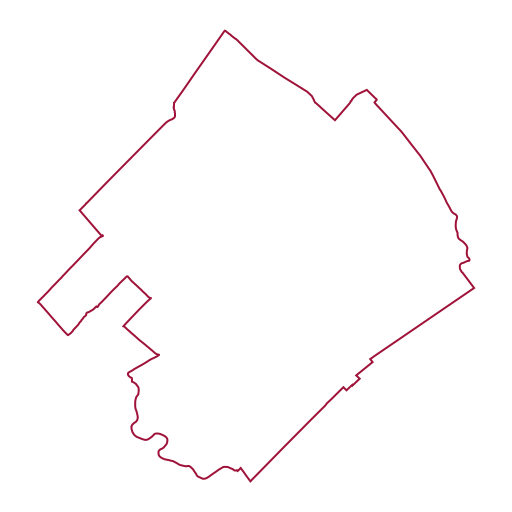 outline of Cosoba, Giurgiu, Romania
{"feature_id": "2599482B93703236518743", "entity_name": "Cosoba", "entity_type": "district", "adm_level": 2, "iso_a3": "ROU", "parent_name": "Romania", "parent_adm1": "Giurgiu", "projection": "orthographic", "projection_center": [25.808, 44.526], "detail": "fine", "context": "isolated", "style": "outline", "palette": "rose", "viewbox_px": 512, "rotation_deg": 0, "n_neighbors": 0, "source": "geoboundaries", "source_scale": "gbopen_adm2", "svg_char_len": 5893}
<svg xmlns="http://www.w3.org/2000/svg" viewBox="0 0 512 512"><path d="M474.1,288.0L468.1,280.0L463.4,273.8L462.5,272.6L462.0,272.3L461.5,271.7L460.2,269.3L459.9,268.4L459.8,265.9L460.0,265.0L460.3,264.5L460.8,263.9L461.9,263.2L463.7,262.7L466.9,261.2L469.2,260.7L469.5,260.2L469.5,259.4L469.2,258.7L468.7,258.0L467.7,257.1L467.4,256.6L466.8,254.4L466.8,252.5L466.8,251.4L467.4,247.9L466.6,245.8L465.8,244.6L463.1,241.8L462.0,241.0L461.4,240.7L459.3,239.1L458.6,238.4L458.1,237.5L457.7,236.0L457.6,235.1L457.5,232.8L456.3,229.9L455.8,227.7L455.7,225.9L455.7,224.5L455.8,223.7L455.9,221.7L456.9,218.2L457.1,216.9L456.9,216.0L456.2,215.1L455.5,214.4L453.8,213.5L452.2,212.2L451.0,210.4L449.4,207.2L446.4,202.0L445.7,200.2L444.0,196.7L440.7,190.6L439.9,189.6L433.4,176.4L430.4,170.7L429.0,168.8L420.5,156.1L411.4,144.5L402.5,133.0L400.4,130.5L397.9,127.9L377.2,105.6L375.2,103.4L374.6,102.6L374.5,102.4L374.7,102.2L376.7,99.8L376.7,99.6L376.4,99.3L376.2,98.9L375.5,98.4L366.8,89.9L357.0,94.5L356.3,95.0L353.1,98.1L352.1,99.4L351.4,100.9L350.8,101.3L350.6,101.3L350.5,102.0L350.1,102.7L349.3,103.7L335.0,120.2L333.7,119.1L320.7,107.4L320.4,107.0L319.6,106.3L315.6,102.8L315.2,102.7L313.8,100.1L313.8,99.7L311.8,96.0L307.2,91.7L284.4,77.6L271.2,68.9L258.0,60.5L256.9,59.6L256.2,59.0L253.3,56.1L238.5,41.4L237.7,40.5L235.8,38.9L235.6,38.9L233.6,37.4L233.3,37.2L232.6,36.6L231.3,35.6L231.1,35.3L230.2,34.5L229.7,34.3L225.6,31.0L224.8,30.7L224.4,31.1L212.3,48.4L195.1,72.9L183.7,89.4L175.6,100.8L174.6,102.3L174.1,102.6L173.9,106.7L173.9,107.5L173.7,107.5L173.8,108.3L174.1,109.7L174.4,110.1L174.7,110.9L174.8,112.1L174.8,112.7L175.0,113.4L175.0,114.6L175.0,116.2L174.8,116.8L174.4,117.5L173.6,118.3L173.1,118.5L172.3,119.2L170.5,119.8L168.4,120.9L165.8,122.8L150.4,138.3L107.2,182.0L86.7,203.1L86.4,203.1L85.1,204.8L81.7,208.2L80.2,209.8L80.1,210.0L79.6,210.3L101.9,236.2L102.6,235.4L102.8,235.7L102.9,235.9L102.8,236.0L101.8,236.4L100.9,236.9L99.8,237.3L98.3,238.6L93.5,243.6L89.4,248.3L83.3,254.6L72.9,265.5L71.2,267.2L71.0,267.3L65.2,273.5L62.7,276.1L61.0,278.1L59.4,279.6L57.2,281.9L55.0,284.2L53.6,285.6L53.0,286.2L51.9,287.3L49.7,289.8L47.3,292.4L44.7,295.0L43.0,296.8L41.5,298.2L40.5,299.3L39.3,300.4L37.9,302.1L37.9,302.3L38.2,302.4L38.8,302.8L39.7,303.5L40.9,304.9L41.4,305.3L42.0,306.1L42.6,306.8L43.3,307.6L44.0,308.3L44.9,309.4L48.8,313.8L51.4,316.9L53.6,319.4L55.1,321.0L58.3,324.8L62.0,329.0L63.1,330.3L66.3,333.6L67.8,335.1L68.2,335.0L69.4,334.2L70.6,333.3L71.5,332.4L72.4,331.4L73.0,330.6L73.4,329.8L74.0,329.2L75.9,327.2L76.5,326.6L77.0,326.0L77.7,325.3L78.3,324.6L78.7,324.0L79.1,323.4L79.5,322.6L80.6,321.5L81.1,321.0L81.3,320.6L81.5,320.1L82.5,319.0L83.1,318.3L83.4,317.7L84.0,316.9L84.7,316.5L85.8,315.5L86.1,315.1L86.2,314.6L86.2,314.1L86.3,313.7L86.4,313.3L86.7,313.0L87.0,312.7L87.4,312.5L88.2,312.2L88.9,312.1L90.0,311.3L91.0,310.8L92.1,310.2L93.4,309.3L95.8,307.0L96.3,306.5L96.6,306.8L97.0,306.9L97.4,307.0L97.7,306.8L98.1,306.4L98.6,305.2L98.9,304.8L99.8,303.7L101.4,302.3L106.1,297.4L110.2,293.0L112.9,290.2L116.0,287.2L117.5,285.8L118.3,284.8L119.9,283.0L123.6,279.5L125.4,277.7L126.8,276.4L127.1,276.3L127.4,276.3L127.7,276.4L130.2,279.4L131.3,280.7L132.8,282.1L135.7,284.7L139.2,288.0L141.3,289.9L142.8,291.5L145.8,294.2L147.9,296.5L149.0,297.4L150.2,298.0L150.5,298.1L150.8,298.1L150.8,298.4L149.7,299.2L149.4,299.6L147.8,301.0L145.9,302.8L142.5,306.2L139.0,309.7L127.1,322.2L123.6,326.0L123.4,326.3L124.0,326.5L124.4,326.7L125.0,327.2L126.0,328.1L127.2,329.3L128.5,330.4L131.6,333.2L134.1,335.3L136.0,337.0L139.9,340.5L144.1,343.8L147.3,346.5L149.8,348.6L152.3,350.7L155.0,353.1L156.4,354.0L157.7,354.5L158.7,354.6L158.9,354.7L159.0,354.8L159.0,355.0L158.3,355.5L157.1,356.3L155.8,357.0L151.5,359.0L149.7,360.0L147.9,361.2L146.1,362.3L144.0,363.6L141.8,364.9L139.2,366.3L137.4,367.3L135.3,368.5L134.2,369.1L133.0,370.0L131.5,370.9L128.6,372.5L128.3,372.7L128.2,373.0L128.0,373.4L128.0,373.7L128.1,374.1L127.9,374.5L128.6,375.8L129.3,376.5L129.7,376.8L130.7,377.5L131.6,377.8L131.8,378.0L131.9,378.5L132.0,380.0L131.9,381.6L133.6,382.3L136.0,384.0L136.3,384.5L136.7,385.0L137.2,385.7L138.3,387.2L138.7,388.7L138.7,389.7L138.7,391.0L138.3,394.3L137.9,394.9L137.2,395.8L136.3,397.0L135.8,398.6L135.3,400.7L135.2,402.6L135.2,406.8L135.6,408.9L136.3,410.7L136.9,412.7L137.2,413.9L137.5,415.5L137.8,417.3L137.6,418.5L137.1,420.3L136.0,421.7L133.7,423.3L132.3,424.7L131.4,426.5L131.6,429.1L132.5,432.2L132.9,432.9L133.3,433.2L133.7,434.2L134.9,435.5L136.6,436.8L139.8,438.1L142.6,439.2L145.1,439.9L146.6,439.8L148.1,439.3L150.3,437.9L152.2,436.4L153.6,435.0L154.4,434.1L155.2,433.7L156.1,433.5L157.3,433.5L158.6,433.6L160.2,434.0L161.7,434.6L163.5,435.4L165.3,436.5L166.4,437.5L167.2,438.8L167.4,439.9L167.3,441.6L167.0,442.9L166.4,444.3L165.2,445.7L163.7,447.5L162.3,448.5L160.3,449.4L159.3,450.3L158.7,451.0L158.5,451.8L158.5,453.4L158.7,454.8L159.3,456.0L160.2,456.9L161.7,458.0L163.1,458.6L164.5,459.2L167.2,459.8L169.0,460.1L170.9,460.7L172.3,461.0L173.5,461.3L176.0,462.7L177.6,463.6L179.1,464.6L180.5,465.1L182.5,465.6L184.0,465.9L185.2,466.2L186.0,466.3L187.1,466.1L188.0,466.0L188.7,466.0L189.7,466.3L190.6,467.0L191.7,468.0L193.1,469.4L193.9,470.7L195.1,472.5L196.1,473.8L196.6,475.1L197.5,476.2L198.3,476.7L200.3,477.6L202.0,478.4L203.1,478.8L204.4,478.7L205.9,478.4L206.9,477.9L208.7,476.8L211.5,474.8L213.3,473.5L215.4,472.1L218.7,469.7L221.4,468.1L222.7,467.3L223.9,466.9L225.5,466.9L226.7,467.0L227.5,466.9L228.2,467.2L229.4,467.7L230.6,468.3L231.5,468.6L232.4,469.0L233.1,469.4L234.0,470.1L235.1,470.6L235.8,470.5L237.0,470.2L237.6,471.0L238.5,470.3L240.7,468.0L242.3,470.2L244.1,472.6L246.6,476.2L250.4,481.3L283.2,447.8L312.2,418.5L325.2,405.6L326.9,403.3L331.3,399.2L343.4,387.2L346.5,390.3L352.2,384.9L352.5,385.5L359.7,378.7L356.2,375.4L372.6,362.1L370.2,359.1L373.3,356.9L373.8,356.5L474.1,288.0Z" fill="none" stroke="#9f1239" stroke-width="2"/></svg>